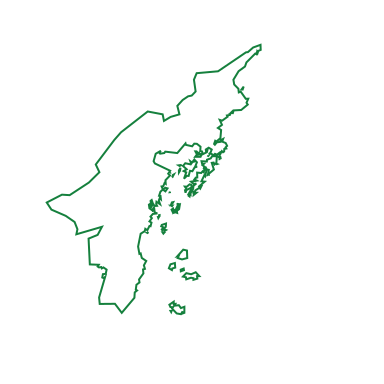 outline of Samar, Samar, Philippines, rotated 236°
{"feature_id": "2640588B23016389281073", "entity_name": "Samar", "entity_type": "district", "adm_level": 2, "iso_a3": "PHL", "parent_name": "Philippines", "parent_adm1": "Samar", "projection": "equal_earth", "projection_center": [124.76, 11.713], "detail": "fine", "context": "isolated", "style": "outline", "palette": "green", "viewbox_px": 384, "rotation_deg": 236, "n_neighbors": 0, "source": "geoboundaries", "source_scale": "gbopen_adm2", "svg_char_len": 6131}
<svg xmlns="http://www.w3.org/2000/svg" viewBox="0 0 384 384"><g transform="rotate(236 192 192)"><path d="M264.5,65.7L256.0,65.6L242.8,74.0L232.8,77.9L225.2,76.2L221.6,72.5L213.5,97.9L209.2,89.8L211.2,80.2L189.1,66.8L183.8,74.0L183.0,72.1L181.5,72.7L180.5,74.8L179.1,74.5L179.0,76.4L175.4,77.8L172.4,74.7L173.7,72.2L171.3,69.8L169.9,70.7L170.2,72.5L156.5,56.0L150.8,52.9L142.4,65.6L131.1,66.2L136.5,85.1L140.8,88.4L141.1,91.4L142.5,90.8L146.2,94.1L146.4,97.9L149.1,99.2L151.7,106.2L155.2,108.1L154.6,110.0L158.1,111.1L160.4,115.5L165.4,113.5L169.8,115.1L170.1,113.8L176.9,116.8L186.1,126.1L186.0,131.0L187.6,132.7L185.3,133.6L187.6,137.7L186.8,138.5L189.3,141.3L191.4,140.3L192.8,144.1L194.8,143.8L195.7,147.3L193.6,151.3L196.0,149.7L198.6,151.0L198.0,149.8L198.2,149.2L200.0,150.6L199.2,148.7L202.3,147.6L205.6,149.2L205.6,151.6L207.8,152.7L207.9,154.1L205.0,153.3L204.4,150.1L202.2,149.6L203.9,153.2L201.4,153.1L200.1,155.3L202.1,155.6L203.8,157.1L199.7,158.7L203.5,159.7L204.9,161.7L203.3,162.1L206.4,163.7L207.3,162.6L209.9,166.0L210.4,169.2L207.4,170.3L208.7,173.7L210.5,172.2L210.3,169.3L213.6,169.9L212.9,171.5L214.8,174.3L213.5,174.8L216.6,176.6L218.0,183.0L220.5,182.5L221.8,185.8L236.4,177.2L239.0,177.4L244.0,183.3L243.6,189.2L242.8,186.8L241.6,187.0L239.8,190.8L240.4,192.4L232.5,201.6L235.9,213.8L234.5,213.3L229.8,217.7L230.8,220.9L229.2,223.0L224.8,224.4L221.3,221.7L220.0,223.0L217.3,222.1L216.7,226.6L218.1,228.2L218.3,226.6L219.5,227.2L219.4,230.6L216.2,232.1L213.9,228.8L210.4,230.6L210.8,232.4L209.0,233.6L209.2,237.2L207.8,236.7L207.4,235.6L207.1,235.7L209.2,239.6L207.6,239.9L207.6,241.3L209.6,242.8L208.9,244.7L210.2,244.7L210.6,246.9L213.8,247.3L216.9,245.2L218.6,247.5L218.9,244.5L217.7,243.6L219.3,240.3L218.4,237.4L219.5,237.2L221.5,239.9L220.2,240.5L220.8,245.7L227.1,250.8L230.6,249.3L230.9,254.4L236.3,255.3L234.3,256.9L234.5,263.6L235.9,263.8L234.7,266.6L235.9,268.3L236.5,271.9L232.5,278.6L233.3,287.1L235.5,287.1L237.9,290.8L239.2,288.7L247.9,288.5L248.4,286.5L251.7,288.2L257.5,287.1L261.9,289.1L266.1,298.2L266.4,306.1L269.0,309.6L271.4,321.9L270.2,322.5L271.9,324.4L270.6,324.2L271.9,325.9L271.4,328.4L275.7,331.1L277.6,323.5L276.7,316.5L277.6,314.9L277.5,281.1L287.9,262.3L284.0,256.4L273.3,251.2L272.1,245.7L273.5,242.3L273.5,235.7L271.6,228.0L263.4,225.0L266.2,216.3L266.6,208.5L272.8,211.1L283.5,200.3L281.2,166.6L278.6,156.7L268.6,127.6L260.2,126.3L257.5,111.8L257.8,88.8L262.5,82.7L264.5,65.7ZM196.0,196.4L193.9,194.6L193.1,192.7L194.7,192.9L192.0,187.5L190.1,189.0L192.0,190.2L192.3,192.6L190.8,194.0L190.1,192.7L189.8,192.9L188.6,191.8L188.9,195.3L190.2,193.6L191.5,195.8L191.3,200.6L190.2,200.7L191.5,203.0L192.6,200.1L193.5,208.3L195.6,205.8L199.0,211.6L197.7,211.7L202.5,216.7L201.0,218.3L197.6,215.0L198.4,222.7L205.1,224.7L204.3,226.4L202.2,226.1L202.5,228.5L207.8,232.6L210.4,228.7L209.4,226.3L210.4,222.5L209.0,221.4L212.2,217.1L209.6,216.1L208.7,217.6L208.3,215.7L206.2,216.5L204.9,214.9L203.9,215.1L204.4,217.1L203.1,217.0L203.2,214.2L201.8,212.8L203.2,212.4L202.6,210.3L205.2,207.1L201.1,204.5L201.8,203.1L200.4,201.5L200.0,201.4L199.0,202.0L198.9,202.3L198.7,202.4L201.1,197.0L197.7,197.9L196.6,200.3L196.2,194.8L196.0,196.4ZM215.6,206.4L219.6,202.5L218.6,199.1L213.8,200.3L214.0,196.8L211.5,198.2L207.5,192.8L208.3,196.8L207.2,198.2L210.7,202.2L209.0,203.9L210.9,207.9L210.1,210.4L211.4,209.0L213.9,212.7L216.3,212.3L215.9,211.5L216.0,210.9L217.5,211.6L215.6,206.4ZM108.7,109.8L107.1,111.7L106.5,110.3L99.9,111.4L96.9,114.5L98.3,117.5L96.6,116.1L96.1,118.1L101.1,121.5L102.0,117.9L105.5,117.8L107.7,113.6L108.6,115.6L109.4,114.2L111.3,115.5L111.2,110.2L108.7,109.8ZM126.9,137.2L124.7,139.3L122.8,138.4L121.5,143.2L119.7,145.0L118.4,144.1L117.2,148.0L119.4,149.1L118.2,151.0L123.4,150.2L124.3,145.3L127.9,141.9L126.9,137.2ZM145.3,143.2L141.7,146.0L139.9,151.1L146.3,155.1L149.1,152.5L146.9,143.8L146.4,145.1L145.3,143.2ZM141.7,130.2L138.5,131.7L139.6,132.9L138.7,135.8L142.7,138.1L144.1,133.7L141.7,130.2ZM196.7,188.3L196.0,194.3L198.4,195.4L199.7,194.3L199.3,190.7L200.5,189.1L196.9,189.1L197.4,187.2L195.0,186.2L196.7,188.3ZM177.8,150.8L180.4,152.8L181.6,148.5L180.8,147.3L178.4,148.7L177.9,146.0L176.8,146.0L177.8,150.8ZM219.4,214.3L216.4,218.8L218.2,221.6L218.8,219.7L221.5,219.8L219.1,218.8L220.2,216.7L219.4,214.3ZM187.0,173.6L184.7,166.0L184.6,166.3L184.5,166.9L183.0,168.0L184.8,168.8L185.0,171.7L187.0,173.6ZM188.8,165.2L185.4,164.7L186.1,168.6L187.6,166.0L188.1,166.9L188.9,167.1L188.8,165.2ZM132.5,138.4L131.7,141.6L133.2,142.3L133.9,139.2L132.5,138.4ZM250.5,293.8L249.3,290.4L248.6,291.3L250.5,293.8ZM215.5,192.1L216.3,193.9L218.5,196.0L217.2,193.2L215.5,192.1ZM223.8,217.5L221.1,217.2L221.7,218.7L223.1,218.5L223.8,217.5ZM187.7,170.7L187.4,172.5L188.6,174.0L188.7,172.4L187.7,170.7ZM206.7,233.5L204.9,233.9L204.2,234.7L205.2,235.1L206.7,233.5ZM105.4,107.7L104.1,107.6L104.8,108.6L105.4,107.7ZM190.3,149.8L189.2,149.5L189.8,150.7L190.3,149.8ZM220.6,239.3L219.7,240.6L221.2,240.0L220.6,239.3ZM193.6,168.1L193.7,170.1L194.1,170.8L194.6,169.5L193.6,168.1ZM176.0,148.5L175.1,147.5L175.0,149.2L176.0,148.5ZM216.8,185.7L216.0,185.4L216.7,186.8L216.8,185.7ZM192.5,167.0L191.4,167.5L191.7,168.3L192.5,167.0ZM174.8,145.0L173.5,145.0L173.8,146.2L174.8,145.0ZM183.3,132.0L182.2,132.6L183.1,132.6L183.3,132.0ZM221.6,195.8L220.5,196.3L220.3,197.9L220.6,197.8L221.6,195.8ZM213.6,227.0L213.6,228.6L214.1,228.7L214.2,228.2L213.6,227.0ZM218.4,207.8L217.3,207.5L217.5,208.1L218.4,207.8ZM235.5,270.0L234.9,270.4L235.4,271.0L235.5,270.0ZM235.5,268.8L235.0,269.4L235.4,269.5L235.5,268.8ZM191.0,152.2L191.5,151.0L190.5,151.8L191.0,152.2ZM197.2,215.2L196.9,215.6L197.3,215.8L197.2,215.2ZM203.8,233.3L203.5,233.9L204.0,233.5L203.8,233.3ZM190.4,187.2L189.8,187.4L190.5,187.9L190.4,187.2ZM215.8,183.7L215.6,184.4L215.9,184.5L215.8,183.7ZM190.2,173.4L190.0,172.4L189.8,173.8L190.2,173.4ZM201.0,200.8L200.4,201.0L201.2,201.4L201.0,200.8ZM204.6,173.8L204.3,173.4L204.2,173.6L204.6,173.8ZM219.9,184.8L219.8,184.3L220.0,185.5L219.9,184.8ZM201.1,228.5L202.0,227.9L201.2,228.1L201.1,228.5ZM212.8,225.2L212.5,224.8L212.7,225.4L212.8,225.2Z" fill="none" stroke="#15803d" stroke-width="2"/></g></svg>